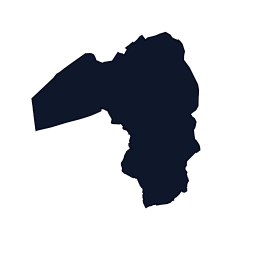 Tenejapa, Chiapas, Mexico, rotated 155°
{"feature_id": "50627088B11943504211308", "entity_name": "Tenejapa", "entity_type": "district", "adm_level": 2, "iso_a3": "MEX", "parent_name": "Mexico", "parent_adm1": "Chiapas", "projection": "orthographic", "projection_center": [-92.464, 16.848], "detail": "fine", "context": "isolated", "style": "filled", "palette": "ink", "viewbox_px": 256, "rotation_deg": 155, "n_neighbors": 0, "source": "geoboundaries", "source_scale": "gbopen_adm2", "svg_char_len": 5414}
<svg xmlns="http://www.w3.org/2000/svg" viewBox="0 0 256 256"><g transform="rotate(155 128 128)"><path d="M174.1,204.4L202.5,195.0L203.4,192.0L204.2,189.6L204.4,188.8L205.2,186.3L205.8,184.7L206.6,182.2L206.8,181.3L207.4,179.7L208.2,177.2L210.4,170.4L210.6,169.6L211.2,167.8L211.7,166.4L212.2,164.7L210.7,164.6L197.5,161.8L180.9,159.4L168.5,157.1L159.9,155.9L157.2,155.6L154.4,155.4L145.5,155.2L144.4,157.0L144.1,157.4L141.5,155.5L138.8,151.9L138.9,149.1L138.3,142.7L140.6,139.8L140.4,139.0L139.7,138.6L139.2,138.3L139.0,138.2L138.4,137.9L137.7,137.6L137.4,137.4L136.8,137.1L136.7,137.1L136.0,136.6L135.8,136.5L135.0,136.2L134.9,136.1L134.7,136.0L134.6,135.9L133.8,135.5L133.3,135.6L133.2,135.6L132.2,135.0L131.6,132.7L131.4,131.9L131.1,131.7L131.1,131.1L131.2,130.8L131.4,130.7L132.3,130.2L132.5,130.1L132.0,128.4L131.9,128.3L131.0,128.2L130.5,128.1L130.8,127.6L130.4,127.2L130.1,127.0L129.8,126.8L129.8,126.7L129.7,126.6L129.6,125.9L129.6,125.6L129.6,125.4L129.3,124.8L129.2,124.4L129.1,124.0L129.1,123.8L128.9,123.3L128.9,123.1L129.1,122.9L129.5,122.5L129.0,122.2L128.5,120.4L128.5,119.7L128.6,119.2L131.7,115.7L131.9,115.5L132.1,113.5L132.1,113.2L133.6,113.3L133.9,112.7L134.4,111.5L134.4,110.2L134.0,109.3L133.8,109.2L133.8,108.3L134.3,108.3L134.8,108.1L135.5,107.9L135.8,107.8L136.3,107.6L136.8,107.5L137.0,107.5L138.9,107.0L139.4,106.5L140.0,106.1L140.3,105.9L140.7,105.6L141.0,105.2L141.3,105.0L141.5,104.8L142.1,104.5L142.8,104.0L143.1,103.5L143.2,103.2L144.5,101.8L145.2,101.2L145.9,100.6L146.4,100.2L147.1,99.9L147.8,99.4L148.4,99.0L148.7,98.6L148.9,98.1L149.3,97.3L149.4,96.9L149.5,96.5L149.5,96.0L149.5,95.6L149.7,94.1L149.8,93.5L150.3,92.8L150.6,92.5L150.7,92.4L150.8,92.1L150.9,91.9L151.1,91.6L151.2,91.2L151.0,90.7L150.8,90.3L150.6,90.1L150.5,89.8L150.4,89.2L150.1,88.7L149.8,88.4L148.9,87.4L148.6,87.1L148.4,86.7L147.9,86.0L147.7,85.7L147.1,84.9L146.7,84.5L145.6,82.8L145.3,82.4L145.0,82.0L144.0,81.0L143.8,80.9L143.3,80.7L143.1,80.7L142.7,80.3L142.1,79.5L141.7,79.3L141.0,79.0L140.7,78.0L140.9,72.2L140.7,71.5L141.0,70.4L140.5,69.5L140.6,68.9L139.8,66.8L140.3,65.2L141.5,63.6L141.2,62.0L142.6,60.9L143.6,58.6L143.9,56.3L144.8,55.5L145.3,53.6L145.3,48.5L141.7,48.7L140.0,48.1L137.5,48.2L134.1,47.0L134.3,46.2L131.1,45.4L124.3,43.2L120.7,43.0L119.0,44.0L118.9,44.0L117.3,43.5L116.9,44.3L116.7,45.0L115.7,45.1L115.4,45.2L114.3,45.5L113.9,45.5L113.5,45.5L113.2,45.6L111.5,46.1L110.8,46.5L110.4,46.6L110.1,46.7L109.7,46.8L109.3,47.1L109.1,47.1L109.0,47.3L108.9,47.4L108.6,47.6L108.3,47.7L108.1,47.8L107.8,47.9L107.0,48.2L106.8,48.4L106.4,48.5L106.1,48.6L105.8,48.3L105.5,48.0L105.3,47.6L105.1,47.3L104.9,46.9L104.7,46.7L103.7,46.1L103.0,46.3L101.6,46.3L101.5,46.5L101.4,46.6L101.4,47.1L101.4,47.3L101.2,47.5L100.8,47.9L100.7,48.1L100.6,48.5L100.6,49.0L100.9,49.6L100.9,49.8L100.7,50.1L100.3,50.2L100.0,50.3L99.6,50.4L99.5,50.6L99.2,51.3L99.2,51.5L98.9,52.0L98.4,52.5L97.8,53.2L97.3,53.8L97.1,53.9L96.7,54.1L96.2,54.4L95.9,54.6L95.6,54.9L95.5,55.2L95.9,55.7L95.8,56.1L95.6,56.2L95.5,56.4L95.3,57.0L95.3,57.3L95.4,57.7L95.5,57.8L95.6,58.1L95.6,58.4L95.5,58.5L95.3,59.1L95.3,59.3L95.2,59.7L95.2,59.8L95.1,60.3L94.9,60.9L94.9,61.4L94.7,61.7L94.6,61.9L94.4,62.0L94.3,62.3L94.1,62.5L93.9,62.8L93.6,63.0L93.6,63.3L93.6,63.7L93.7,63.8L93.7,64.2L94.1,64.9L94.1,65.6L94.1,66.0L94.1,66.4L94.0,66.7L93.8,67.2L93.5,67.6L93.4,67.9L93.0,68.5L92.8,68.7L92.3,68.8L91.8,69.1L91.6,69.4L91.3,69.6L91.0,69.7L90.7,70.1L90.7,70.6L90.6,70.9L90.4,71.1L90.3,71.6L90.0,72.1L89.6,72.3L89.0,73.4L83.8,75.4L80.9,76.4L76.9,77.9L76.1,77.1L75.7,77.2L75.3,77.3L74.3,77.5L72.3,77.9L71.3,80.8L71.2,81.4L71.1,83.2L71.8,88.0L72.7,89.3L71.4,93.8L71.1,94.8L70.9,95.0L70.8,95.4L70.7,95.8L70.2,97.4L69.7,98.6L69.5,98.8L69.5,99.0L69.3,99.3L69.0,99.5L68.3,99.7L68.2,99.9L67.8,100.0L67.6,100.1L67.4,100.4L67.3,100.5L67.2,100.7L66.8,101.2L65.9,102.0L65.9,102.3L65.7,102.6L64.7,103.9L64.0,104.8L64.0,105.9L64.0,107.8L64.0,108.2L64.2,108.8L64.7,109.6L64.8,109.8L65.2,110.2L65.3,110.5L65.4,111.0L65.5,112.0L65.7,113.1L66.1,114.5L65.1,114.7L62.3,115.4L60.3,115.7L59.1,115.9L55.4,118.6L51.6,126.4L50.1,129.0L48.1,133.0L46.8,138.1L47.2,155.3L47.3,156.4L47.3,156.8L48.1,161.0L49.2,166.2L47.3,170.1L44.6,173.7L44.4,176.2L43.9,179.8L43.9,180.2L43.8,180.4L43.8,180.9L43.8,181.4L44.6,184.6L44.8,185.0L45.0,185.5L45.1,186.1L46.3,186.5L46.3,186.4L48.5,188.8L50.1,190.7L50.8,194.5L53.7,198.6L59.5,199.4L63.0,199.5L64.5,199.6L69.7,200.6L72.0,201.1L75.2,200.1L76.4,205.7L77.6,205.6L78.0,205.6L78.5,205.5L79.1,205.2L79.4,205.1L80.1,204.7L80.5,204.6L80.7,204.4L81.1,204.3L81.5,204.0L82.4,203.6L82.7,203.5L83.3,203.3L83.7,203.2L84.1,203.1L86.0,202.5L87.1,202.1L87.5,203.4L88.7,203.1L89.1,203.0L89.7,202.9L90.7,202.6L92.2,202.1L93.2,202.0L94.2,201.8L95.1,201.6L96.0,201.4L95.9,201.2L95.5,200.6L94.8,199.6L95.1,199.4L98.0,197.4L100.4,195.6L101.2,195.9L101.5,196.4L101.7,196.6L101.8,197.2L103.2,198.2L104.6,199.4L105.2,200.4L113.9,195.0L121.6,197.2L124.3,197.4L124.4,197.6L125.3,198.8L125.8,199.1L125.9,199.4L126.3,199.7L126.6,200.0L126.7,200.4L127.1,200.6L127.2,201.0L127.5,201.2L127.8,201.5L128.4,202.2L128.7,202.6L128.7,202.9L128.6,203.5L128.6,203.8L128.4,205.4L128.4,207.8L128.5,208.3L128.6,208.8L128.9,209.3L129.4,210.0L129.8,210.4L130.0,210.6L130.2,210.8L130.9,211.1L131.4,211.5L131.6,211.6L132.2,211.7L135.1,213.0L139.7,212.2L151.7,210.0L160.6,208.3L166.7,206.9L169.6,206.7L173.7,204.7L174.1,204.4Z" fill="#0f172a" stroke="#020617" stroke-width="1.5"/></g></svg>